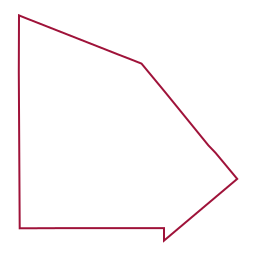 Atascosa, Texas, United States of America
{"feature_id": "52423323B50957806098426", "entity_name": "Atascosa", "entity_type": "district", "adm_level": 2, "iso_a3": "USA", "parent_name": "United States of America", "parent_adm1": "Texas", "projection": "orthographic", "projection_center": [-98.513, 28.932], "detail": "fine", "context": "isolated", "style": "outline", "palette": "rose", "viewbox_px": 256, "rotation_deg": 0, "n_neighbors": 0, "source": "geoboundaries", "source_scale": "gbopen_adm2", "svg_char_len": 294}
<svg xmlns="http://www.w3.org/2000/svg" viewBox="0 0 256 256"><path d="M19.7,228.3L71.9,228.1L164.0,228.1L164.0,240.6L237.2,178.9L215.5,152.8L208.4,145.4L165.1,92.1L141.5,63.6L130.9,59.4L117.7,54.3L26.7,18.5L19.0,15.4L18.8,71.9L19.7,228.3Z" fill="none" stroke="#9f1239" stroke-width="2"/></svg>